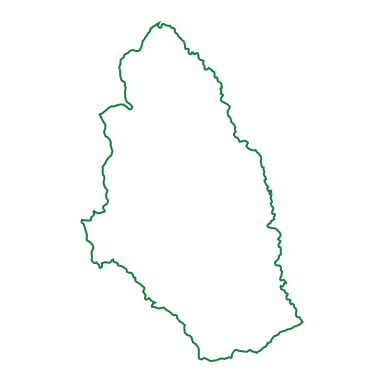 Celendin, Cajamarca, Peru (orthographic projection)
{"feature_id": "86281439B17410503992322", "entity_name": "Celendin", "entity_type": "district", "adm_level": 2, "iso_a3": "PER", "parent_name": "Peru", "parent_adm1": "Cajamarca", "projection": "orthographic", "projection_center": [-78.179, -6.771], "detail": "fine", "context": "isolated", "style": "outline", "palette": "green", "viewbox_px": 384, "rotation_deg": 0, "n_neighbors": 0, "source": "geoboundaries", "source_scale": "gbopen_adm2", "svg_char_len": 5968}
<svg xmlns="http://www.w3.org/2000/svg" viewBox="0 0 384 384"><path d="M281.3,280.3L280.6,280.2L280.3,279.8L280.2,278.4L280.3,277.8L281.4,276.3L281.4,274.5L282.1,272.1L281.9,271.3L280.8,270.2L280.8,266.9L280.2,266.1L279.2,265.5L275.9,265.3L274.9,263.1L275.2,262.3L278.5,258.7L279.2,255.5L280.8,254.6L280.7,247.7L280.6,247.3L279.1,247.0L278.7,246.5L278.5,245.0L278.7,243.9L280.1,242.4L280.5,241.0L278.3,239.5L278.0,239.0L280.2,236.4L280.6,235.1L280.5,234.0L279.7,232.5L278.0,230.9L276.3,228.8L269.2,227.5L267.8,226.6L267.4,225.7L268.3,224.2L270.5,223.1L270.6,221.9L271.5,220.9L274.2,219.2L273.8,217.7L273.9,217.0L274.7,215.8L275.0,214.5L274.0,213.8L272.8,213.9L271.9,213.0L272.2,211.4L273.4,208.5L273.0,207.5L271.4,205.5L270.7,203.6L272.0,201.8L270.6,197.7L271.6,195.1L269.7,194.2L269.5,193.7L269.9,192.9L271.3,192.5L271.3,191.7L270.7,190.5L268.7,191.3L267.6,190.0L267.2,188.3L268.2,186.7L266.3,184.8L264.4,180.9L264.4,180.3L266.1,179.1L266.1,178.5L263.9,174.8L263.8,173.6L264.4,172.1L263.4,169.1L263.7,167.6L262.0,166.8L261.4,165.7L261.3,164.2L260.7,161.8L261.2,159.1L261.0,156.9L258.4,153.2L256.5,151.7L256.0,150.3L255.6,150.1L253.8,150.5L252.5,150.2L249.0,148.9L246.8,146.8L246.4,145.8L247.9,143.0L247.8,142.5L246.8,142.0L246.0,141.1L244.7,140.8L239.5,141.7L238.0,138.3L237.4,137.8L235.5,137.1L233.9,135.1L234.3,133.1L235.6,132.1L234.8,128.8L235.3,127.5L235.2,126.9L233.9,124.5L231.3,121.8L230.6,118.3L229.8,117.1L228.3,116.1L227.8,114.0L227.6,111.6L227.9,110.7L229.4,108.5L229.7,106.4L227.8,104.6L222.0,101.4L220.7,99.9L221.2,97.7L223.1,95.1L222.4,94.3L220.7,93.8L221.3,91.4L220.3,88.7L220.4,88.4L221.5,88.3L222.0,87.5L221.4,85.8L221.5,84.1L221.1,83.3L217.7,80.8L217.4,79.6L217.6,78.5L217.1,77.7L216.6,77.3L215.3,77.6L214.8,77.3L214.4,76.7L214.7,75.4L214.3,72.1L213.8,71.6L212.5,71.3L211.7,70.0L209.0,68.1L208.6,68.0L207.6,69.1L206.8,69.4L205.1,69.6L204.8,69.4L204.5,66.6L203.4,64.4L203.2,62.9L203.5,60.9L201.3,60.0L200.2,59.8L198.9,58.6L198.4,56.7L198.4,55.4L197.7,53.1L196.6,53.1L194.3,54.3L194.0,54.2L193.0,52.4L192.4,52.2L191.9,52.4L191.8,53.3L191.3,53.9L189.9,54.1L188.9,53.6L188.5,52.7L188.4,51.7L188.9,50.2L188.6,49.3L188.2,48.9L185.6,48.9L185.3,48.7L185.0,45.0L183.9,41.5L181.8,39.9L180.7,38.4L179.0,37.1L177.2,33.9L175.2,32.6L174.9,29.8L174.2,28.7L173.5,28.2L171.3,27.8L170.2,25.9L166.3,25.5L164.3,24.3L163.3,24.0L162.0,24.2L161.7,24.7L161.5,27.3L159.9,27.8L158.8,27.1L158.1,26.1L158.1,24.8L159.0,23.0L157.2,23.9L154.5,26.0L153.0,26.7L151.5,28.2L150.6,28.4L150.3,30.7L149.5,31.3L149.4,32.1L148.2,33.0L146.6,36.2L145.5,37.1L144.4,39.2L142.6,41.1L142.0,45.2L139.9,50.0L138.8,50.8L137.7,51.1L135.1,50.8L133.0,49.9L130.4,50.8L129.4,51.5L127.9,53.0L124.7,54.4L124.3,54.8L123.9,56.8L123.6,57.3L120.6,59.9L120.3,64.8L119.4,66.5L119.2,67.5L120.1,70.3L120.3,75.9L121.0,79.1L122.3,81.1L124.2,81.7L125.0,82.9L124.8,85.2L125.8,87.6L125.0,91.9L125.3,94.0L125.1,96.0L125.7,99.3L127.1,102.2L130.3,104.2L131.2,105.2L132.2,107.1L131.9,108.2L131.2,109.0L130.0,109.4L129.2,109.3L125.9,106.1L122.9,104.5L121.5,104.3L118.2,104.9L114.0,106.3L111.7,106.3L109.9,107.0L102.2,113.4L100.4,114.0L99.7,114.6L103.5,122.1L104.6,123.4L105.6,125.6L105.1,128.7L104.2,131.0L104.2,133.1L105.7,136.5L106.9,136.8L107.8,137.5L109.5,139.5L110.4,141.0L110.9,142.9L110.5,144.9L111.4,147.3L111.6,149.2L112.3,150.5L112.4,151.2L111.3,155.4L109.0,157.4L106.9,159.8L104.7,164.2L103.3,165.8L102.5,167.6L102.8,168.5L102.7,174.0L102.9,174.7L104.1,176.1L104.3,176.9L104.2,179.7L103.6,181.8L103.7,183.6L104.7,186.7L107.2,190.2L107.4,190.9L106.0,194.8L106.5,198.2L108.0,200.3L108.0,201.1L107.3,203.1L106.8,203.9L103.2,206.4L103.0,208.1L104.6,210.3L104.6,211.6L99.1,213.3L96.9,212.8L93.8,211.2L93.6,212.2L94.3,214.0L93.2,215.7L91.1,217.4L91.2,220.0L90.9,220.2L88.4,220.6L82.0,220.0L81.6,221.0L81.5,221.7L81.9,222.7L83.3,223.6L83.8,224.4L86.9,234.6L86.6,239.9L91.3,243.2L92.9,245.7L93.3,247.2L92.9,249.4L91.7,251.4L91.5,252.5L92.0,257.1L91.7,259.9L92.0,260.7L92.5,261.7L93.8,262.9L95.2,263.1L96.4,262.4L96.8,263.0L99.0,265.0L99.7,267.7L100.4,267.9L102.1,266.7L102.1,265.1L101.8,263.5L102.1,263.1L105.3,262.2L109.5,262.8L110.6,261.9L111.5,260.5L113.0,259.6L113.0,260.5L113.6,261.6L117.5,263.2L118.0,265.4L122.7,266.5L123.6,267.4L126.2,268.9L127.2,272.0L129.2,272.7L131.2,272.9L132.2,273.6L132.9,275.0L133.5,277.2L133.9,277.6L135.1,277.6L135.5,278.0L135.2,279.7L135.5,280.9L135.9,281.5L140.9,284.5L142.2,286.1L143.9,287.1L144.3,287.9L144.3,289.3L143.0,291.6L145.7,295.3L144.9,297.7L145.3,299.0L145.8,299.5L146.9,299.4L149.1,298.1L151.8,301.1L155.0,302.6L153.1,303.6L151.9,305.7L151.9,306.8L153.9,307.0L159.3,308.5L163.8,307.5L164.9,308.3L165.6,309.5L169.1,311.4L171.9,313.7L173.1,315.2L175.3,315.0L176.5,315.4L176.9,315.9L177.0,317.8L179.4,321.1L182.2,322.9L184.8,325.0L184.3,327.1L184.7,332.2L185.2,333.1L186.9,334.8L189.8,335.8L190.9,336.8L191.6,337.8L192.9,342.2L195.7,344.1L198.4,347.7L198.8,349.3L198.8,357.0L199.1,358.4L200.5,359.3L201.7,359.4L203.8,358.2L204.9,358.1L210.3,361.0L215.5,360.5L221.5,358.4L224.1,358.9L226.6,358.3L229.1,357.2L230.0,357.3L230.9,358.0L231.7,357.1L231.9,354.6L232.6,353.3L234.3,350.8L235.0,350.2L236.1,349.9L239.5,350.9L246.2,351.8L247.4,351.6L249.2,350.2L250.3,350.1L252.9,351.7L255.4,352.1L256.4,353.0L257.5,351.9L259.0,351.4L260.8,350.1L264.1,347.1L265.8,346.7L267.5,344.0L267.6,342.9L268.5,343.1L270.8,341.7L271.6,339.4L274.1,336.2L275.6,335.8L278.5,334.4L279.3,332.9L280.1,332.2L285.2,330.6L287.1,329.6L291.8,328.4L293.5,327.0L299.6,324.6L302.4,322.4L302.5,322.0L299.4,317.2L297.3,317.0L296.1,315.8L296.2,314.4L295.9,313.4L296.4,310.3L295.8,308.6L294.7,307.8L293.9,306.2L293.8,304.8L292.7,303.9L291.9,303.9L291.2,304.3L290.7,304.2L290.0,302.8L290.5,300.8L290.1,299.9L289.4,299.6L287.6,299.6L286.7,298.9L286.3,296.1L287.5,295.2L287.7,293.9L285.0,292.4L285.0,291.3L283.9,290.1L281.8,289.4L281.0,288.8L280.6,287.4L280.8,286.0L282.4,286.5L282.9,286.4L283.6,285.2L283.9,283.6L286.0,283.2L286.2,282.7L283.8,279.9L281.3,280.3Z" fill="none" stroke="#15803d" stroke-width="2"/></svg>